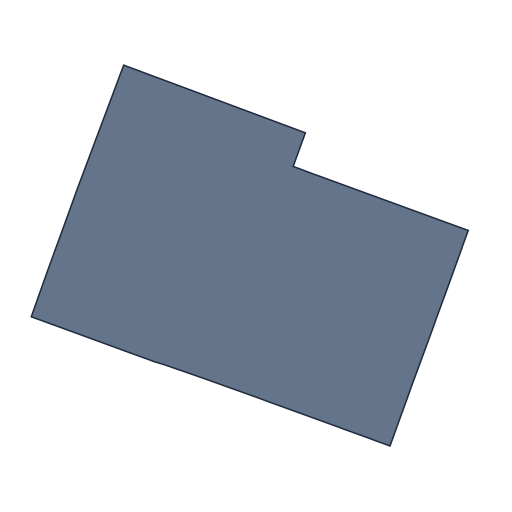 outline of Laramie, Wyoming, United States of America, rotated 20°
{"feature_id": "52423323B58782875527199", "entity_name": "Laramie", "entity_type": "district", "adm_level": 2, "iso_a3": "USA", "parent_name": "United States of America", "parent_adm1": "Wyoming", "projection": "equal_earth", "projection_center": [-104.384, 41.327], "detail": "fine", "context": "isolated", "style": "filled", "palette": "slate", "viewbox_px": 512, "rotation_deg": 20, "n_neighbors": 0, "source": "geoboundaries", "source_scale": "gbopen_adm2", "svg_char_len": 738}
<svg xmlns="http://www.w3.org/2000/svg" viewBox="0 0 512 512"><g transform="rotate(20 256 256)"><path d="M66.4,121.9L65.1,254.3L65.2,274.9L65.2,341.8L65.6,390.0L72.0,390.0L72.5,390.0L169.5,390.1L197.0,390.1L205.0,389.6L222.6,389.3L252.8,388.9L276.7,388.8L308.6,388.6L317.7,388.7L396.6,388.6L397.6,388.7L424.9,388.6L430.9,388.7L436.6,388.7L442.6,388.7L446.9,388.7L446.9,382.4L446.9,381.9L446.8,352.7L446.9,352.4L446.8,346.4L446.8,342.6L446.7,325.1L446.9,277.0L446.9,275.9L446.9,260.3L446.9,258.4L446.8,254.5L446.9,229.0L446.9,223.1L446.9,219.0L446.8,179.1L446.7,176.5L446.7,169.7L446.7,168.8L446.7,164.1L446.7,159.4L422.3,159.4L279.1,159.3L260.3,159.1L260.3,123.4L66.4,121.9Z" fill="#64748b" stroke="#1e293b" stroke-width="1.5"/></g></svg>